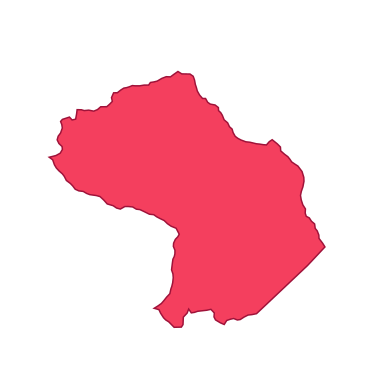 outline of Auriflama, São Paulo, Brazil, rotated 323°
{"feature_id": "56859067B77500950305904", "entity_name": "Auriflama", "entity_type": "district", "adm_level": 2, "iso_a3": "BRA", "parent_name": "Brazil", "parent_adm1": "São Paulo", "projection": "orthographic", "projection_center": [-50.592, -20.639], "detail": "fine", "context": "isolated", "style": "filled", "palette": "rose", "viewbox_px": 384, "rotation_deg": 323, "n_neighbors": 0, "source": "geoboundaries", "source_scale": "gbopen_adm2", "svg_char_len": 2499}
<svg xmlns="http://www.w3.org/2000/svg" viewBox="0 0 384 384"><g transform="rotate(323 192 192)"><path d="M149.8,57.1L146.7,60.3L142.9,63.8L139.6,62.3L139.2,58.4L136.0,57.3L132.2,56.0L129.5,56.6L128.6,59.8L126.9,62.9L122.5,65.8L118.7,66.9L115.7,69.2L114.9,73.2L115.6,77.5L114.1,80.0L110.1,81.7L105.3,81.0L102.2,79.7L98.9,78.3L100.1,82.5L98.5,87.5L98.1,91.3L98.5,95.2L99.4,99.5L99.4,102.7L98.6,107.2L100.0,112.0L100.4,115.4L100.4,119.5L102.3,123.0L105.5,126.1L106.9,129.6L108.8,132.6L113.4,137.2L115.8,140.3L116.7,145.4L117.1,150.5L120.8,155.5L122.1,159.4L124.5,162.5L129.6,163.2L132.2,165.1L135.6,168.2L137.2,172.2L139.8,174.7L141.9,178.7L144.6,184.1L147.8,187.1L148.9,190.6L150.6,194.2L152.6,198.0L153.3,202.5L154.7,206.7L157.5,211.4L156.4,218.0L153.8,219.2L150.2,219.8L146.5,221.8L144.4,224.2L143.3,228.3L141.2,231.0L139.1,232.8L136.3,234.2L133.5,237.0L128.8,241.9L127.5,245.9L125.4,249.2L122.0,252.8L119.1,255.2L116.7,256.8L113.1,259.9L108.4,260.7L104.3,261.8L100.5,262.6L96.2,262.5L91.8,262.1L94.8,266.1L94.0,269.8L93.6,275.3L94.0,278.3L95.3,281.7L96.3,289.3L102.2,293.5L105.0,292.5L109.8,286.7L115.2,285.8L118.9,283.5L118.7,288.1L121.5,289.6L124.8,290.7L132.6,295.3L136.5,297.1L137.0,302.0L134.4,305.0L133.8,308.3L136.0,313.7L138.0,317.2L142.4,315.5L146.1,316.7L149.1,318.1L151.2,321.5L153.8,322.9L158.2,323.2L162.7,324.0L166.1,326.0L170.3,328.0L240.2,320.2L265.1,315.9L265.5,311.7L265.5,305.5L267.4,302.7L268.6,298.4L268.5,295.2L270.7,291.3L269.8,287.2L270.1,283.3L268.6,280.2L269.7,277.0L272.4,273.8L272.8,268.9L274.5,264.0L276.6,260.0L279.7,257.3L283.7,254.6L287.9,250.8L290.1,247.6L292.2,241.9L292.2,235.0L291.0,231.8L289.7,227.9L289.9,224.9L289.8,221.4L288.7,217.8L287.6,212.5L289.7,209.3L289.1,204.9L287.5,198.5L284.0,198.3L279.8,199.2L277.4,197.1L274.6,194.2L272.5,192.3L268.2,187.1L265.2,184.3L262.4,179.9L260.9,176.7L260.0,173.5L260.6,169.2L261.9,165.9L261.2,162.4L262.1,158.2L261.1,153.7L262.4,148.9L262.7,145.9L262.2,143.0L263.9,140.4L262.8,136.4L259.5,132.8L258.5,129.8L259.1,125.5L256.7,123.6L256.4,119.2L257.0,114.6L258.4,111.1L259.4,108.1L261.4,104.1L262.6,100.3L261.4,96.6L254.9,91.5L253.3,87.3L248.0,87.1L244.1,87.1L240.8,84.4L236.3,83.1L231.0,82.5L227.9,81.2L224.7,79.5L221.7,80.5L218.1,77.8L214.1,75.7L210.6,73.1L208.4,71.1L205.4,70.3L202.6,69.3L200.1,68.0L196.7,67.7L192.1,67.8L189.1,65.6L184.5,68.2L182.9,71.7L179.0,72.3L175.3,72.6L170.4,69.0L166.1,69.3L162.2,68.3L158.8,64.5L154.9,62.1L153.2,59.8L149.8,57.1Z" fill="#f43f5e" stroke="#9f1239" stroke-width="1.5"/></g></svg>